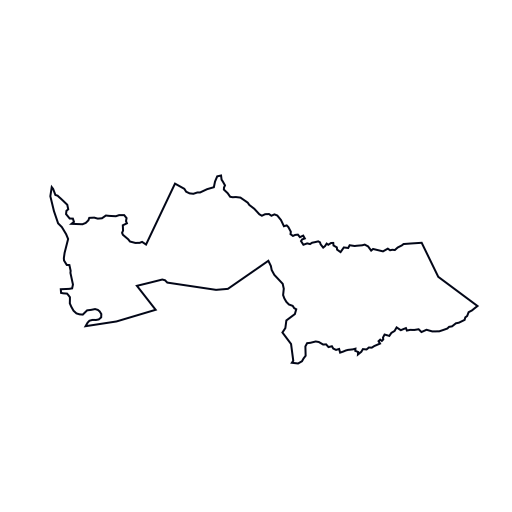 the district of Butiá, Rio Grande do Sul, Brazil, rotated 253°
{"feature_id": "56859067B28463272232209", "entity_name": "Butiá", "entity_type": "district", "adm_level": 2, "iso_a3": "BRA", "parent_name": "Brazil", "parent_adm1": "Rio Grande do Sul", "projection": "natural_earth1", "projection_center": [-52.0, -30.187], "detail": "fine", "context": "isolated", "style": "outline", "palette": "ink", "viewbox_px": 512, "rotation_deg": 253, "n_neighbors": 0, "source": "geoboundaries", "source_scale": "gbopen_adm2", "svg_char_len": 3276}
<svg xmlns="http://www.w3.org/2000/svg" viewBox="0 0 512 512"><g transform="rotate(253 256 256)"><path d="M381.6,80.8L373.3,76.8L358.0,75.9L345.1,76.3L340.4,78.8L332.4,80.8L327.2,81.3L315.0,73.9L310.1,71.6L307.8,71.1L302.8,72.4L301.9,74.9L296.0,74.4L294.1,73.6L282.2,72.6L278.8,70.7L279.2,67.7L281.3,59.6L277.7,58.8L276.6,60.9L275.3,64.3L273.5,65.1L271.0,66.0L268.4,65.2L265.1,64.1L261.6,64.5L257.0,65.5L253.6,67.5L251.8,70.2L250.6,73.2L253.4,78.6L252.7,82.5L252.3,86.6L250.7,89.0L248.7,90.3L245.7,91.1L242.6,90.0L241.3,87.1L241.6,84.3L242.7,80.8L242.8,77.8L241.5,75.5L238.7,72.5L234.2,103.4L233.9,144.3L262.3,133.4L261.5,147.3L260.9,159.5L259.4,161.9L256.5,163.4L235.3,207.9L233.4,216.7L232.8,219.5L247.8,266.4L242.1,267.3L238.0,266.9L232.6,268.0L221.6,273.4L216.6,273.0L210.7,270.5L207.2,270.7L203.3,271.6L200.0,273.3L197.6,276.5L194.9,277.3L193.3,278.9L189.1,276.2L185.5,266.2L178.5,263.0L175.1,258.9L161.6,263.8L144.9,261.0L143.4,259.1L140.9,264.8L141.9,269.2L144.1,271.5L146.1,274.3L155.1,276.8L157.7,279.4L157.1,282.5L156.8,288.1L155.4,290.9L151.7,294.3L151.0,297.2L147.7,298.7L147.5,302.2L144.9,302.8L142.8,305.1L142.8,308.3L139.0,308.2L139.1,311.5L139.4,314.3L139.3,316.6L138.4,321.3L138.3,324.0L136.3,323.2L134.3,325.6L132.0,324.7L133.6,328.7L135.7,331.0L134.3,334.4L135.5,337.2L134.5,339.9L135.3,342.8L136.0,349.0L138.7,348.3L139.7,350.3L138.0,351.5L139.0,353.3L140.9,353.6L143.3,356.0L140.6,360.1L142.9,363.0L143.8,366.6L146.6,369.6L142.7,372.8L143.0,375.6L143.2,378.3L140.6,378.5L140.3,381.8L139.0,385.7L138.4,390.1L134.9,392.0L135.6,397.5L132.3,402.6L130.4,409.2L130.5,413.3L130.7,417.8L131.8,419.9L131.4,422.9L133.2,427.5L132.9,430.5L133.9,436.8L136.1,438.2L136.9,440.4L140.1,442.9L140.8,446.6L142.0,449.5L143.4,453.2L182.8,424.2L200.6,421.4L220.2,418.3L222.6,408.1L224.3,400.6L223.5,398.6L222.7,394.0L221.1,390.5L222.1,388.2L222.3,385.9L224.5,384.2L223.3,378.8L228.5,370.0L227.5,367.7L232.4,366.0L235.1,363.3L235.2,360.6L236.3,355.6L236.7,353.3L238.9,348.7L236.7,346.5L238.5,342.5L235.0,338.0L238.4,335.4L240.6,335.8L243.4,333.2L245.9,333.7L246.5,331.6L245.6,328.4L247.2,327.2L245.3,324.9L244.4,322.7L248.3,321.2L250.3,321.2L251.8,319.8L252.0,316.5L252.3,313.5L251.6,311.2L253.1,308.6L252.9,304.6L257.1,303.4L258.4,305.0L258.5,307.8L261.7,307.1L261.2,303.5L264.2,302.3L264.7,299.6L264.4,297.2L266.8,295.4L269.0,296.4L274.2,295.4L276.3,294.3L276.3,291.4L283.1,290.4L288.5,288.2L290.4,285.8L290.0,282.5L292.3,280.7L293.3,277.0L292.8,273.4L294.9,271.4L301.6,268.2L306.8,264.5L309.4,263.7L316.4,258.2L318.3,253.9L319.0,250.9L320.2,248.6L324.3,247.3L328.9,244.7L330.8,245.4L332.6,247.0L337.1,246.0L339.0,245.4L343.2,246.1L343.5,242.2L339.2,238.6L334.1,235.8L334.2,228.8L333.1,221.1L333.9,218.5L333.8,214.3L335.3,210.8L337.9,208.0L341.2,207.1L348.9,199.7L299.1,154.2L302.8,151.2L302.6,148.5L303.8,144.4L306.7,139.7L309.3,138.7L315.2,134.9L317.3,134.7L319.2,136.3L324.3,137.6L325.0,142.1L327.4,141.9L330.1,143.3L333.6,141.9L335.1,137.0L335.0,133.6L337.3,127.3L338.6,124.3L337.1,119.7L338.0,115.6L340.0,112.5L341.2,107.7L339.1,106.1L337.4,102.8L337.1,99.3L340.7,89.0L341.9,91.9L345.3,91.8L346.3,88.8L351.6,86.6L354.6,87.9L355.6,90.1L360.2,90.5L368.0,86.1L369.6,85.1L371.7,83.9L373.0,82.0L379.5,81.6L381.6,80.8Z" fill="none" stroke="#020617" stroke-width="2"/></g></svg>